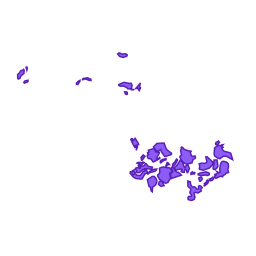 the district of Sinan-gun, South Jeolla, South Korea, rotated 73°
{"feature_id": "91817680B46467557111645", "entity_name": "Sinan-gun", "entity_type": "district", "adm_level": 2, "iso_a3": "KOR", "parent_name": "South Korea", "parent_adm1": "South Jeolla", "projection": "orthographic", "projection_center": [125.994, 34.593], "detail": "fine", "context": "isolated", "style": "filled", "palette": "violet", "viewbox_px": 256, "rotation_deg": 73, "n_neighbors": 0, "source": "geoboundaries", "source_scale": "gbopen_adm2", "svg_char_len": 5886}
<svg xmlns="http://www.w3.org/2000/svg" viewBox="0 0 256 256"><g transform="rotate(73 128 128)"><path d="M183.8,101.6L183.3,100.7L183.3,99.4L182.6,98.8L179.5,99.0L177.8,100.5L177.5,102.0L175.5,105.6L175.5,109.1L175.9,109.7L179.4,110.4L180.7,111.5L181.7,113.5L183.1,113.6L186.3,112.9L191.7,108.5L191.8,105.9L188.8,102.4L188.0,101.8L183.8,101.6ZM177.4,75.2L176.4,72.3L175.5,72.0L174.4,72.0L174.0,74.9L173.0,75.3L169.9,75.7L168.7,74.4L166.6,78.2L164.6,80.6L162.5,81.5L161.9,82.4L162.1,82.9L163.8,83.1L164.7,84.2L169.6,84.8L170.1,86.3L170.9,86.9L174.4,86.3L177.7,84.7L179.7,82.5L180.1,77.1L177.4,75.2ZM182.9,45.0L183.8,42.2L188.9,37.2L182.3,37.1L181.4,37.8L178.5,42.7L176.9,43.8L174.5,44.2L174.2,42.1L173.7,43.7L172.9,44.1L171.7,42.0L171.5,43.3L172.1,44.4L171.3,45.6L171.2,48.2L172.4,51.0L177.5,53.1L179.9,53.4L182.7,51.3L184.3,49.1L182.9,45.0ZM199.9,44.8L196.9,44.7L194.5,43.2L191.4,42.6L189.3,43.9L187.7,46.5L187.6,47.8L188.2,49.0L190.2,50.4L194.3,52.4L197.4,52.8L197.3,54.7L196.1,55.0L195.5,55.9L197.0,55.3L197.7,55.7L197.7,58.4L198.2,58.9L199.3,58.0L199.8,59.3L200.8,59.6L201.6,59.1L201.8,57.9L201.1,53.8L202.3,51.8L201.2,50.9L200.8,48.5L199.9,47.8L199.9,44.8ZM166.2,100.5L166.0,94.2L164.8,93.8L160.8,96.8L158.9,97.6L152.9,97.9L151.2,104.9L153.5,109.2L158.0,107.7L158.9,105.7L158.2,103.0L160.5,103.0L165.8,101.3L166.2,100.5ZM207.9,76.3L206.7,74.4L204.6,75.5L203.9,76.8L204.5,77.7L206.8,78.2L206.7,79.9L203.8,81.4L203.2,83.8L200.4,84.6L197.6,84.1L196.2,86.3L200.6,87.6L201.9,87.6L204.0,86.0L205.2,85.9L208.0,87.9L208.9,87.3L211.4,87.0L211.9,87.6L211.2,89.9L211.9,91.0L213.7,91.4L214.5,90.8L215.9,88.3L215.6,85.5L213.8,84.2L209.6,83.9L209.1,82.6L210.6,80.1L209.7,76.4L207.9,76.3ZM165.6,109.9L161.5,105.7L160.5,105.2L159.1,108.4L155.6,109.1L155.2,109.9L155.2,115.0L157.2,115.2L157.3,116.1L158.6,116.1L158.1,116.5L159.4,116.5L159.7,117.5L160.8,117.9L163.1,117.5L164.3,115.0L167.5,114.1L167.9,113.6L166.8,107.8L166.1,106.3L165.5,106.4L166.1,107.7L166.1,109.0L165.6,109.9ZM190.1,61.9L187.5,57.4L185.1,57.0L178.6,60.8L178.4,62.1L183.4,62.4L184.2,63.8L184.2,65.3L183.1,67.9L183.0,70.4L185.7,70.6L187.6,71.7L188.5,71.7L190.4,68.3L190.1,61.9ZM188.1,83.9L184.8,81.2L181.4,81.3L180.9,82.2L181.0,83.5L182.2,84.9L182.1,85.6L176.5,85.9L174.2,87.6L178.1,92.2L179.2,95.3L180.0,95.3L182.3,94.5L182.5,90.1L183.0,88.7L183.9,88.5L184.7,89.9L185.4,89.9L186.6,88.1L186.8,87.1L184.4,85.9L184.0,85.0L185.4,84.4L188.0,84.5L188.1,83.9ZM196.1,123.4L191.8,121.8L190.6,118.4L188.3,116.3L187.2,115.9L184.9,115.9L182.6,116.7L181.9,117.2L181.4,119.1L183.2,124.6L190.1,125.0L191.1,123.9L195.0,124.2L196.1,123.4ZM178.5,135.4L180.7,130.5L180.8,129.4L176.9,125.3L176.7,122.8L175.9,122.4L173.4,122.5L173.2,124.6L174.2,124.8L173.9,126.1L176.2,128.9L176.9,130.9L175.4,133.7L169.9,134.7L170.2,136.2L172.5,135.0L173.7,135.0L174.3,135.9L174.3,136.6L171.1,137.3L170.5,138.6L172.0,139.2L176.3,137.3L178.5,135.4ZM173.6,131.8L174.0,129.8L172.2,126.3L171.8,124.1L171.9,123.0L174.0,118.1L174.0,117.0L172.6,116.1L170.5,119.9L167.5,121.1L167.2,121.9L168.8,123.6L168.4,127.0L170.1,127.9L169.9,128.8L168.8,129.7L168.5,131.9L168.9,132.8L169.5,133.2L171.0,132.3L172.7,132.6L173.6,131.8ZM189.0,101.3L188.7,90.7L185.2,92.6L184.8,93.9L182.5,95.6L177.5,96.5L178.9,98.2L182.9,98.0L184.2,100.5L185.7,101.1L189.0,101.3ZM92.5,113.5L93.3,110.9L91.9,113.0L91.0,113.1L88.4,111.6L86.0,112.0L85.8,113.7L83.2,118.4L83.7,124.1L84.7,124.3L85.8,123.1L86.6,120.0L88.8,117.5L90.5,116.7L91.1,114.5L92.5,113.5ZM190.7,53.1L184.6,52.2L183.8,55.1L186.7,56.0L190.9,58.3L192.0,58.5L192.8,58.0L193.0,56.2L191.8,54.0L190.7,53.1ZM48.0,218.9L49.1,218.6L48.8,216.6L47.1,215.6L45.4,211.6L42.5,210.4L41.4,210.6L41.9,211.6L41.9,213.9L43.6,215.7L44.6,217.9L48.0,218.9ZM147.0,127.6L147.0,122.7L145.3,122.7L140.0,124.2L141.8,126.7L141.4,127.1L139.6,126.8L139.2,127.7L139.7,128.6L140.9,128.6L147.0,127.6ZM193.2,74.6L194.9,72.4L195.5,67.9L196.6,66.1L196.6,64.2L196.1,63.7L194.8,63.6L192.7,66.2L192.1,72.8L192.5,74.5L193.2,74.6ZM54.2,116.3L57.2,115.0L59.1,111.9L59.0,108.7L58.6,107.6L57.4,107.5L56.2,108.8L55.7,111.8L53.5,114.6L54.2,116.3ZM191.0,115.4L193.3,113.6L193.7,110.3L190.0,111.0L188.1,112.4L188.8,114.1L191.0,115.4ZM177.9,122.4L177.0,120.3L177.3,115.1L176.6,113.3L175.7,112.5L175.1,115.1L175.4,118.8L177.0,122.5L177.9,122.4ZM168.4,129.0L165.7,122.6L164.8,123.8L165.6,125.5L164.4,126.3L163.8,129.1L164.2,129.7L165.3,127.7L166.1,127.4L166.6,129.1L168.4,129.0ZM93.9,105.6L91.1,104.5L88.6,102.9L92.5,109.1L92.8,107.2L95.6,106.3L93.3,104.4L92.5,104.1L93.9,105.6ZM176.8,96.2L177.3,95.3L176.4,93.2L173.3,90.1L172.6,90.0L171.9,90.7L174.0,93.0L175.7,95.9L176.8,96.2ZM68.7,157.1L68.4,155.6L68.7,154.4L71.4,150.7L71.7,149.5L70.4,149.3L68.1,152.2L67.6,155.9L68.0,157.3L68.7,157.1ZM162.9,123.7L160.0,120.0L158.2,121.3L159.6,123.6L159.8,122.7L161.1,124.3L162.7,124.5L162.9,123.7ZM170.9,106.9L169.6,103.6L169.5,100.9L168.4,100.6L168.2,104.0L168.6,106.4L170.3,107.2L170.9,106.9ZM204.3,68.0L202.0,66.1L201.6,66.4L202.0,67.6L201.1,67.6L201.9,68.6L202.8,68.2L203.7,68.8L203.1,69.8L204.2,69.9L203.4,70.8L203.6,71.4L204.5,71.3L205.5,72.1L205.8,71.7L204.3,68.0ZM199.9,74.9L200.1,74.1L198.5,71.8L196.5,72.3L196.2,74.4L196.6,75.1L199.9,74.9ZM169.5,48.8L169.9,46.7L168.4,44.7L166.9,45.2L167.6,48.1L168.4,48.8L169.5,48.8ZM200.6,65.0L202.6,64.6L202.6,62.6L201.7,61.1L199.8,61.2L200.5,62.8L200.6,65.0ZM71.8,163.3L69.2,160.2L68.4,160.0L68.9,162.3L70.1,164.3L71.0,164.5L71.8,163.3ZM54.8,213.9L54.6,210.7L54.2,210.0L53.1,209.7L52.9,213.0L53.9,214.3L54.8,213.9ZM190.8,81.4L190.9,79.0L191.4,78.3L190.5,77.1L190.0,77.5L190.3,78.2L188.7,79.2L189.2,80.8L190.8,81.4ZM175.6,103.0L175.8,102.4L174.8,100.7L175.2,99.1L173.2,99.7L172.4,100.6L175.6,103.0ZM94.6,120.6L95.5,119.6L95.5,118.7L93.5,118.3L92.3,120.6L94.6,120.6ZM148.8,124.4L147.9,124.5L148.8,127.9L148.2,125.1L151.8,126.7L148.8,124.4ZM43.1,207.8L41.3,206.7L40.1,206.9L40.1,207.7L43.1,207.8Z" fill="#8b5cf6" stroke="#5b21b6" stroke-width="1.5"/></g></svg>